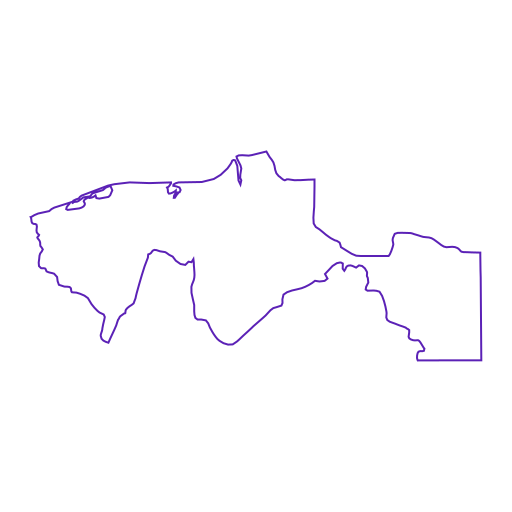 Tabasco, Albers equal-area conic projection
{"feature_id": "MEX-2725", "entity_name": "Tabasco", "entity_type": "State", "adm_level": 1, "iso_a3": "MEX", "parent_name": "Mexico", "parent_adm1": "", "projection": "albers", "projection_center": [-92.753, 17.95], "detail": "fine", "context": "isolated", "style": "outline", "palette": "violet", "viewbox_px": 512, "rotation_deg": 0, "n_neighbors": 0, "source": "natural_earth", "source_scale": "10m", "svg_char_len": 5790}
<svg xmlns="http://www.w3.org/2000/svg" viewBox="0 0 512 512"><path d="M480.7,277.6L481.0,319.0L481.3,360.3L418.3,360.4L417.9,360.5L417.5,359.9L417.0,358.0L417.1,355.5L417.6,353.2L418.5,351.7L420.3,351.1L422.3,351.2L423.9,350.8L424.4,348.6L423.9,348.1L420.4,342.4L419.1,340.8L418.0,340.2L415.0,340.4L413.1,340.2L411.0,339.5L409.3,338.4L408.6,336.8L409.2,332.4L409.2,330.1L408.0,329.1L406.7,328.5L405.7,327.6L402.8,326.5L399.8,325.5L397.2,324.5L396.7,324.3L396.2,324.1L395.7,323.9L395.2,323.7L392.7,322.8L389.7,321.7L387.3,320.0L386.3,317.5L386.4,315.9L386.5,314.6L386.6,313.1L386.4,311.4L385.4,306.4L384.0,301.1L382.1,295.9L379.5,291.7L376.5,290.8L373.6,290.5L370.6,290.6L367.5,290.7L365.7,289.5L366.1,286.9L367.5,284.1L368.3,282.6L367.8,278.0L367.5,277.2L367.1,276.6L366.9,275.7L367.1,272.7L366.9,271.8L364.9,268.4L362.1,266.0L359.0,265.4L356.1,267.6L352.4,265.9L350.5,265.4L348.3,265.6L346.7,266.5L345.9,267.8L345.3,269.3L344.3,270.8L342.7,268.7L342.8,263.5L340.9,262.5L339.9,262.5L336.8,263.2L332.5,266.0L328.7,270.1L325.0,274.0L327.5,278.6L324.6,280.9L319.5,281.5L315.0,280.8L312.1,283.0L308.8,285.0L305.2,286.8L301.6,288.2L297.2,289.3L292.0,290.5L287.1,292.2L283.5,294.6L282.4,299.3L282.5,303.0L281.4,305.6L276.4,307.2L273.3,308.1L270.5,310.2L267.9,313.0L265.6,315.5L262.6,318.2L259.5,320.9L256.4,323.6L253.3,326.3L251.9,327.7L250.5,329.0L249.1,330.3L247.6,331.7L245.4,333.7L243.2,335.7L241.1,337.7L238.9,339.8L238.3,340.3L237.8,340.8L237.2,341.3L236.7,341.7L232.7,344.4L228.1,344.6L223.5,343.2L219.5,340.8L217.4,339.0L215.6,336.8L213.9,334.4L212.4,332.0L209.9,327.5L208.2,323.3L205.9,320.4L201.1,319.5L197.5,319.5L195.4,317.9L194.5,315.0L194.2,311.3L194.2,305.0L192.8,298.9L191.5,292.9L191.4,286.8L192.1,284.3L193.0,282.1L193.8,280.0L194.3,277.6L194.5,275.0L194.4,272.3L194.2,269.5L194.0,266.8L194.0,266.6L193.9,266.3L193.9,266.0L193.9,265.7L193.8,262.7L193.7,261.7L193.4,259.1L191.5,262.2L188.5,261.7L185.3,264.9L180.5,264.0L175.8,260.7L172.7,256.6L169.3,254.9L166.4,252.8L165.1,252.1L160.0,251.3L156.4,250.1L154.3,249.9L152.7,250.7L150.9,253.1L149.9,253.8L148.2,254.4L147.9,257.6L144.6,266.3L141.8,275.2L139.2,284.1L136.7,293.1L136.1,295.5L135.5,298.3L134.4,301.2L133.6,303.4L131.7,304.9L129.5,306.3L127.5,307.9L126.0,309.6L125.6,310.5L125.3,313.1L124.9,313.4L124.3,313.4L123.5,313.9L122.9,314.4L120.5,316.1L119.7,317.0L118.8,318.8L118.1,319.7L117.4,321.7L116.2,325.5L114.3,329.8L112.3,334.1L110.3,338.4L108.4,342.7L105.7,341.8L103.4,340.6L101.6,338.8L100.7,335.8L100.8,334.6L101.3,332.9L101.9,331.1L102.3,329.4L102.4,328.2L102.7,326.7L103.0,325.1L103.3,323.7L104.2,320.0L104.8,317.0L103.7,314.5L99.5,312.5L97.5,310.9L94.4,307.7L91.5,304.1L90.0,301.6L87.9,298.1L84.4,295.6L80.2,293.8L76.4,292.6L74.9,292.5L73.2,292.4L71.8,292.2L71.3,291.2L70.9,288.3L69.6,287.0L67.4,286.7L64.4,286.6L58.9,284.8L57.6,281.1L57.1,277.0L54.1,273.7L52.2,273.1L50.3,272.7L48.4,272.2L46.6,271.4L46.3,270.9L46.0,270.1L45.7,269.3L45.3,268.6L44.3,268.3L43.2,268.2L42.1,268.3L41.0,268.1L39.0,266.1L38.7,262.6L39.2,258.8L39.5,255.7L40.2,253.5L41.8,251.4L42.8,249.4L41.5,247.3L40.4,246.0L40.2,244.5L40.2,242.9L39.8,241.3L39.1,240.1L38.4,239.2L37.7,238.4L37.3,237.4L37.8,236.7L38.7,235.8L39.1,234.9L37.9,233.8L36.8,232.4L36.5,230.4L36.7,228.3L36.9,226.5L36.5,224.6L35.3,224.0L33.7,223.9L32.3,223.2L31.6,221.8L31.4,220.2L31.2,218.5L30.7,217.1L31.0,217.1L34.4,215.1L38.2,213.5L49.2,211.1L51.5,209.1L54.3,207.6L70.2,202.5L69.2,204.1L67.9,205.5L66.7,207.1L66.2,209.1L67.7,209.9L79.2,208.4L81.6,207.6L83.6,206.4L84.8,204.7L84.8,203.3L84.2,202.3L83.7,201.3L84.3,200.0L85.2,199.2L87.0,198.2L87.7,197.5L89.6,198.0L91.7,197.6L93.8,196.7L95.5,195.4L96.4,198.1L99.3,198.6L108.5,196.9L110.2,195.2L112.3,190.3L110.9,186.9L110.4,186.2L109.2,186.3L107.2,187.0L105.3,187.9L104.5,188.8L102.9,190.1L92.7,193.3L91.8,194.1L90.6,195.8L89.7,196.4L83.4,197.4L78.5,201.0L76.9,201.7L75.3,201.8L73.7,202.1L72.1,203.5L73.3,200.7L76.0,199.4L78.7,198.5L79.9,196.9L81.6,195.6L108.0,185.6L114.4,184.2L129.7,182.4L149.6,183.1L171.0,182.4L171.0,183.3L169.5,185.6L168.5,186.8L167.0,187.5L167.7,188.8L168.0,192.2L168.9,193.6L170.3,193.5L172.4,192.7L174.6,191.5L175.8,190.5L175.7,192.8L174.1,195.6L173.8,197.8L174.8,197.8L176.9,194.6L177.8,193.6L176.8,192.6L179.6,192.2L180.6,190.0L179.5,187.5L176.3,186.4L173.3,185.8L173.5,184.5L175.8,183.2L178.7,182.4L201.8,182.0L213.8,179.0L220.7,174.8L227.5,168.4L230.5,164.2L231.6,162.3L232.2,160.7L233.5,160.0L234.9,160.2L235.5,161.2L237.3,165.9L238.5,180.5L240.4,184.5L241.3,180.3L240.2,178.0L240.3,174.7L241.3,168.5L240.5,165.4L237.0,158.5L236.5,156.5L238.7,155.4L242.2,155.2L248.7,155.6L251.8,155.1L266.4,151.5L267.9,154.1L269.6,157.0L271.7,159.7L273.4,162.4L274.5,165.9L275.2,169.8L276.4,173.3L278.7,176.1L279.9,176.9L281.0,177.9L282.1,178.8L283.3,179.7L284.8,180.3L285.8,179.9L286.8,179.3L288.1,179.3L294.4,180.2L301.2,180.1L308.1,179.7L314.5,179.5L314.5,186.4L314.4,193.3L314.3,200.1L314.2,207.0L313.8,211.5L313.4,217.7L313.7,223.5L315.8,227.0L319.4,229.3L322.7,232.0L325.9,234.7L329.2,237.1L331.0,238.3L332.9,239.3L334.8,240.3L336.9,240.9L339.6,242.6L340.4,244.9L341.0,247.2L343.3,248.6L347.3,251.1L351.7,253.8L356.2,255.7L360.8,256.0L367.7,256.0L374.7,256.0L381.6,256.0L388.6,256.0L389.8,254.4L391.3,251.0L392.6,247.2L393.3,244.6L393.2,243.3L392.9,241.8L392.6,240.1L392.8,238.5L393.1,237.5L393.8,236.0L394.4,234.5L394.8,233.8L397.6,232.9L401.6,232.8L405.7,232.9L409.0,233.0L410.8,233.1L412.4,233.5L414.0,234.1L415.7,234.6L418.4,235.4L420.8,236.2L423.2,236.9L425.9,237.2L429.0,237.5L431.5,238.2L433.8,239.5L436.3,241.3L438.6,243.0L441.2,245.0L443.9,246.6L446.5,247.2L449.3,247.0L452.2,246.8L455.0,247.1L457.6,248.1L459.2,249.4L460.3,250.7L461.4,251.7L463.5,252.1L467.6,252.2L471.7,252.4L480.3,252.6L480.3,255.5L480.4,262.8L480.5,270.2L480.7,277.6Z" fill="none" stroke="#5b21b6" stroke-width="2"/></svg>